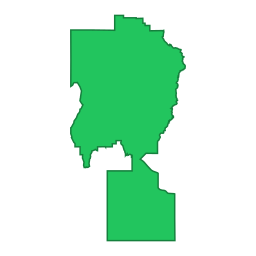 Coomalie, Northern Territory, Australia (Robinson projection)
{"feature_id": "25037944B16759006021093", "entity_name": "Coomalie", "entity_type": "district", "adm_level": 2, "iso_a3": "AUS", "parent_name": "Australia", "parent_adm1": "Northern Territory", "projection": "robinson", "projection_center": [131.197, -13.152], "detail": "fine", "context": "isolated", "style": "filled", "palette": "green", "viewbox_px": 256, "rotation_deg": 0, "n_neighbors": 0, "source": "geoboundaries", "source_scale": "gbopen_adm2", "svg_char_len": 5409}
<svg xmlns="http://www.w3.org/2000/svg" viewBox="0 0 256 256"><path d="M162.9,30.6L149.8,30.8L149.8,25.5L145.1,25.5L145.0,23.2L142.9,23.2L142.8,18.3L136.2,18.5L136.2,17.8L123.5,17.8L123.5,15.4L114.7,15.4L114.7,30.3L90.7,30.0L70.8,30.0L70.9,59.6L70.8,86.4L72.6,85.2L73.6,83.1L74.1,82.6L76.6,82.7L77.1,82.4L77.3,82.4L80.0,86.8L81.5,90.9L80.5,97.4L80.6,97.9L80.5,98.2L80.3,98.5L80.0,100.8L81.8,103.7L82.2,104.2L82.9,104.8L81.1,108.7L80.8,108.9L80.0,109.2L79.9,110.9L79.3,112.5L77.8,114.2L76.4,117.9L74.1,121.0L73.8,123.1L72.4,125.4L71.9,126.5L71.2,127.5L70.8,127.8L70.8,133.7L71.6,135.9L71.9,137.2L71.8,137.4L71.5,137.6L73.9,142.4L74.9,143.4L75.0,143.7L75.0,146.8L80.1,146.8L80.1,154.7L82.6,154.7L82.5,158.2L82.9,159.1L84.0,162.1L83.6,165.2L84.2,167.5L85.5,167.4L85.6,167.6L85.9,167.6L86.1,167.4L86.3,167.0L87.8,167.4L89.5,166.3L89.0,163.4L89.5,160.1L89.5,159.2L90.2,158.4L90.6,156.4L90.4,155.5L90.5,154.3L90.9,153.8L91.5,152.9L91.9,152.0L91.8,151.4L91.8,151.0L92.8,150.7L94.3,150.1L95.2,149.4L95.8,149.9L96.8,150.5L97.5,150.7L97.6,146.8L105.3,146.7L105.5,147.0L105.5,146.9L112.3,146.8L112.3,143.8L116.1,143.8L116.1,140.6L121.2,140.6L121.2,141.0L120.8,142.8L120.9,143.3L121.1,143.9L121.4,144.3L122.8,145.6L124.0,149.7L124.1,150.1L124.5,150.5L124.7,150.9L125.1,152.8L125.5,153.3L125.5,155.4L125.7,155.1L125.9,155.1L126.4,155.2L126.8,155.4L126.9,155.1L126.9,154.6L127.1,154.2L127.3,153.9L127.4,154.2L128.0,155.1L128.4,155.2L129.0,154.7L129.5,154.4L130.0,154.3L130.4,154.4L130.6,154.7L131.6,155.0L131.9,155.1L132.0,155.4L131.5,155.4L131.5,156.9L132.1,156.5L132.1,170.9L107.3,170.9L107.3,240.6L174.9,240.6L174.7,218.0L174.7,193.9L174.1,193.7L168.9,193.4L167.9,193.2L167.6,193.1L167.3,192.8L165.8,191.2L164.8,190.6L164.1,190.4L162.1,190.2L160.7,189.8L160.2,189.6L159.7,189.4L159.2,189.0L158.1,187.8L158.1,173.3L157.4,172.8L156.9,172.6L153.1,171.2L152.2,170.7L151.3,170.1L150.6,169.4L147.4,166.0L144.4,162.5L143.3,161.4L141.7,160.2L140.2,159.2L146.0,153.3L157.5,153.4L157.5,142.7L157.6,141.9L157.6,141.7L157.6,141.3L158.3,140.5L159.0,139.9L159.1,139.5L159.3,139.0L160.2,137.3L160.2,137.2L160.2,136.9L160.0,136.6L160.0,136.3L159.7,135.9L159.6,135.6L159.5,135.0L159.7,134.7L159.9,134.3L160.1,134.0L160.5,133.5L161.0,133.2L162.0,133.1L162.6,133.2L163.1,133.2L163.3,133.1L163.6,132.9L163.7,132.6L163.5,131.7L163.6,131.3L164.0,130.8L164.2,130.7L164.9,130.7L165.1,130.6L165.2,130.3L165.1,130.1L164.9,129.7L165.0,129.2L165.2,128.5L165.3,127.7L166.2,127.3L167.5,126.0L167.7,124.6L168.1,123.8L168.3,122.9L168.5,122.7L169.0,122.7L168.7,121.8L168.7,121.5L168.8,121.0L169.5,121.2L169.6,120.5L169.7,120.1L170.7,120.1L171.7,119.1L171.8,118.8L172.4,118.7L172.6,118.5L172.6,118.4L172.3,117.6L172.3,117.3L172.5,117.1L173.4,117.3L173.4,116.3L173.2,116.2L172.8,116.5L172.7,116.4L173.0,116.0L173.0,115.8L172.0,114.9L171.8,114.3L171.6,113.9L172.1,112.8L172.1,112.4L171.5,111.7L172.0,111.2L172.0,110.4L172.4,109.0L172.2,108.7L171.4,108.7L171.0,108.4L171.9,108.1L172.1,108.0L171.9,107.4L172.6,106.3L172.9,106.0L173.2,105.8L173.5,105.8L173.6,105.7L173.9,105.4L174.4,104.9L174.9,104.7L175.7,104.6L176.4,104.2L177.0,103.5L177.0,103.2L176.3,102.2L176.2,101.6L176.6,100.9L177.4,100.6L177.5,100.3L176.9,100.1L176.7,99.9L176.8,99.5L177.0,99.2L176.9,98.5L176.8,98.3L176.1,97.5L176.2,96.6L175.8,95.8L175.8,95.6L176.2,95.1L176.0,94.3L176.1,93.8L176.3,93.3L176.0,91.9L176.0,90.9L175.7,89.4L175.9,89.0L176.3,88.8L177.4,87.7L177.8,86.6L177.7,86.3L177.7,86.2L177.4,86.1L177.5,85.6L177.9,85.4L178.0,85.2L177.8,84.7L177.7,84.2L177.5,83.9L176.7,83.4L176.3,83.0L176.5,82.4L176.6,82.2L176.8,82.0L177.1,81.7L177.5,81.4L177.8,80.6L177.9,80.1L178.0,79.6L178.1,79.2L178.1,78.9L177.9,78.1L177.7,77.7L177.9,77.3L178.4,77.3L178.6,77.1L178.7,76.8L178.6,76.4L178.4,76.4L178.2,76.5L178.1,76.3L178.2,76.1L178.4,75.9L178.2,75.7L178.3,75.5L178.6,75.5L178.7,75.4L178.8,75.2L178.8,74.9L178.9,74.1L178.8,73.7L178.8,73.4L179.0,73.1L179.9,71.9L180.1,71.6L180.1,71.3L180.0,71.0L180.0,70.9L180.3,70.7L180.7,70.8L181.0,70.8L181.2,70.5L181.5,70.5L181.9,70.5L182.1,70.2L182.5,69.7L182.9,69.6L183.3,69.7L183.5,69.7L183.8,69.0L184.1,69.0L184.7,68.6L185.0,68.2L185.1,67.9L185.1,67.7L184.9,67.2L185.2,66.5L185.2,66.0L185.0,65.4L184.7,64.9L184.3,64.5L183.7,64.2L183.5,63.9L183.4,63.5L183.0,63.2L182.9,63.1L183.0,62.5L182.9,62.2L182.8,61.9L182.5,61.4L182.2,61.2L182.4,60.5L182.8,59.7L182.7,59.4L182.5,59.0L182.6,58.5L182.8,58.4L183.0,58.0L183.0,57.9L182.8,57.2L182.9,56.9L183.1,56.9L183.5,57.1L183.8,57.1L184.0,57.0L184.0,56.8L183.8,56.6L183.2,56.6L182.5,56.1L182.4,56.0L182.1,55.7L181.9,55.4L181.9,54.8L182.1,53.7L182.1,53.4L181.9,53.3L181.6,53.1L181.4,52.9L181.2,52.6L180.4,52.4L180.2,52.2L180.5,51.3L180.6,51.0L181.0,50.1L181.0,49.8L181.0,49.6L180.8,49.5L180.7,49.5L180.4,49.8L180.2,49.8L180.0,49.7L179.5,49.3L178.8,49.2L178.4,49.1L178.0,48.6L177.7,48.4L177.4,48.3L176.7,48.2L175.8,47.8L175.0,47.8L174.2,48.1L173.8,48.1L173.5,48.1L173.2,47.9L172.7,47.3L172.0,46.6L171.5,45.9L171.2,45.1L171.0,44.9L170.7,44.7L170.0,44.4L169.7,44.3L169.5,44.6L169.9,45.4L169.9,45.5L169.6,45.7L169.2,45.6L168.8,45.4L167.6,44.4L167.4,44.2L167.0,43.5L166.8,43.2L165.1,41.7L164.3,40.8L164.1,40.5L163.6,39.1L163.5,38.9L163.1,38.7L162.8,38.3L162.4,37.6L162.4,37.3L162.4,37.0L162.4,36.8L162.5,36.8L162.8,36.7L163.0,36.7L163.2,36.4L163.2,36.2L163.4,34.1L163.6,32.9L163.8,32.4L163.8,31.9L163.8,31.2L163.7,30.7L163.3,31.2L163.1,31.2L162.9,30.9L162.9,30.6Z" fill="#22c55e" stroke="#15803d" stroke-width="1.5"/></svg>